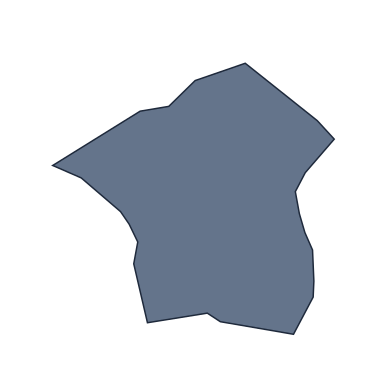 the border of Murska Sobota, rotated 193°
{"feature_id": "SVN-1045", "entity_name": "Murska Sobota", "entity_type": "Statistical Region", "adm_level": 1, "iso_a3": "SVN", "parent_name": "Slovenia", "parent_adm1": "", "projection": "mercator", "projection_center": [16.156, 46.652], "detail": "fine", "context": "isolated", "style": "filled", "palette": "slate", "viewbox_px": 384, "rotation_deg": 193, "n_neighbors": 0, "source": "natural_earth", "source_scale": "10m", "svg_char_len": 444}
<svg xmlns="http://www.w3.org/2000/svg" viewBox="0 0 384 384"><g transform="rotate(193 192 192)"><path d="M149.9,77.4L206.0,54.6L232.6,108.9L233.6,131.1L246.0,146.5L257.2,156.8L303.1,180.8L333.7,186.5L260.7,259.1L233.9,270.2L214.0,301.3L169.1,329.4L86.0,289.7L65.3,275.5L86.0,236.3L91.4,215.6L82.5,195.0L72.9,177.9L61.5,162.6L53.2,132.6L50.3,116.9L61.1,76.2L135.2,72.0L149.9,77.4Z" fill="#64748b" stroke="#1e293b" stroke-width="1.5"/></g></svg>